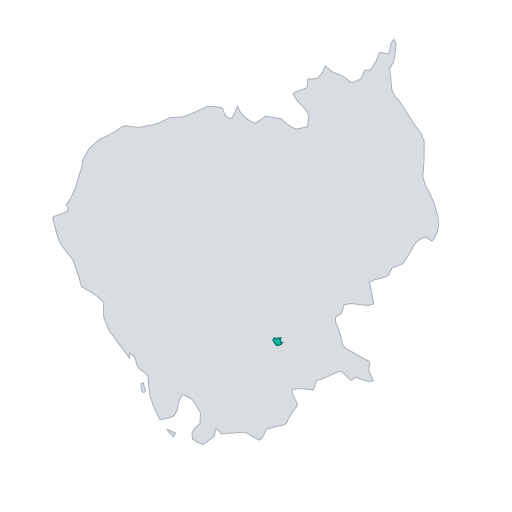 Chbar Ampov, Kândal, Cambodia shown in context, rotated 347°
{"feature_id": "14789045B58474594002009", "entity_name": "Chbar Ampov", "entity_type": "district", "adm_level": 2, "iso_a3": "KHM", "parent_name": "Cambodia", "parent_adm1": "Kândal", "projection": "natural_earth1", "projection_center": [104.993, 11.51], "detail": "fine", "context": "in_parent", "style": "filled", "palette": "teal", "viewbox_px": 512, "rotation_deg": 347, "n_neighbors": 0, "source": "geoboundaries", "source_scale": "gbopen_adm2", "svg_char_len": 3960}
<svg xmlns="http://www.w3.org/2000/svg" viewBox="0 0 512 512"><g transform="rotate(347 256 256)"><path d="M439.1,75.9L440.3,80.5L437.3,89.3L434.1,97.2L428.1,104.1L427.8,109.2L425.8,124.5L426.6,129.3L428.0,133.4L430.0,135.7L435.3,150.6L440.1,164.1L444.8,175.2L445.6,182.3L441.4,200.1L436.4,216.4L436.8,224.6L439.0,232.8L441.3,243.7L442.2,257.6L441.0,266.7L438.8,272.3L434.4,278.1L430.7,281.0L426.1,276.1L422.5,275.9L417.6,277.4L413.8,279.6L406.0,288.1L397.4,296.4L385.5,298.5L380.9,304.6L375.9,305.5L366.5,305.8L360.3,307.2L360.6,310.3L360.1,324.8L360.2,328.2L359.3,329.1L355.0,329.6L347.8,327.3L338.0,323.7L331.0,323.2L327.4,329.5L325.3,332.0L322.7,332.4L319.9,333.5L319.0,336.3L318.7,339.9L320.1,345.9L320.6,355.5L320.3,362.1L322.8,366.2L337.8,380.1L342.2,383.6L342.7,385.7L340.1,393.3L342.4,403.9L337.8,403.7L329.9,399.2L326.2,396.4L321.7,398.6L320.1,398.2L317.0,392.9L313.0,387.6L308.9,387.2L300.2,389.3L291.3,390.8L287.9,390.8L286.5,391.8L281.3,399.7L279.1,398.4L270.1,395.3L262.0,394.2L260.3,396.2L261.3,402.7L263.1,409.1L262.0,411.8L257.5,415.1L251.6,421.1L247.9,425.8L245.4,426.9L236.3,426.7L227.3,427.3L223.7,431.7L220.3,435.2L217.4,436.1L205.6,425.2L182.2,421.4L179.6,416.6L177.4,415.7L175.2,421.9L162.3,427.9L157.0,424.3L153.0,419.9L153.6,414.5L157.3,410.1L163.7,407.0L166.7,395.9L161.8,381.8L157.6,377.7L153.1,374.4L148.4,379.7L144.4,388.7L140.2,393.3L134.3,394.3L125.7,394.0L122.4,380.6L121.3,369.0L122.5,355.9L123.9,348.1L115.6,337.4L115.2,327.2L111.2,321.9L110.0,324.5L110.1,327.5L109.0,325.3L96.0,295.3L93.8,281.4L96.1,270.7L97.4,267.1L93.7,261.5L88.4,255.1L79.1,246.7L78.5,233.4L76.4,217.7L73.7,212.5L69.4,202.8L67.1,194.8L66.4,173.7L67.6,172.0L74.2,171.4L82.7,169.9L84.0,166.4L82.5,163.6L88.0,158.8L95.8,148.4L101.8,137.4L106.2,130.5L108.8,123.6L117.5,113.9L129.6,107.2L137.8,105.6L146.3,103.3L154.5,100.0L158.4,99.7L168.5,103.7L174.0,104.7L179.7,104.6L185.7,105.0L190.9,104.6L203.3,101.9L216.5,104.1L228.3,102.3L242.8,99.2L250.0,101.2L256.5,104.4L257.4,110.8L258.9,113.7L261.1,116.0L264.0,116.0L267.7,111.5L270.8,106.9L271.8,106.0L272.0,108.3L273.5,113.3L276.3,118.3L279.1,121.5L283.8,125.9L286.8,126.1L296.8,122.0L311.7,128.0L313.5,131.0L318.3,137.0L323.5,141.4L335.2,141.7L339.3,131.0L337.3,124.4L330.6,113.0L328.8,106.3L330.9,105.1L342.2,103.8L344.0,102.5L346.5,95.1L349.5,96.0L355.8,96.9L362.4,91.9L366.2,86.5L368.4,89.0L370.7,92.7L373.3,94.8L378.0,98.0L383.2,102.5L386.5,107.0L389.1,108.7L395.8,107.4L397.6,107.6L401.4,102.3L404.2,99.4L406.5,100.2L409.8,100.1L416.8,93.3L420.8,87.1L422.9,85.4L429.2,88.5L431.7,87.8L435.3,79.3L439.1,75.9ZM118.0,362.8L116.8,363.6L115.6,363.6L114.3,362.4L114.5,357.6L115.4,354.6L117.5,354.0L118.0,362.8ZM137.6,410.3L135.0,413.6L130.8,406.9L130.8,405.0L137.6,410.3Z" fill="#d9dde1" stroke="#a8b0b8" stroke-width="1"/><path d="M261.7,341.5L261.3,341.4L261.0,341.3L260.8,341.3L260.6,341.2L260.3,341.2L260.1,341.2L259.9,341.2L259.7,341.1L259.4,341.1L259.2,341.1L258.9,341.1L258.7,341.2L258.4,341.2L258.1,341.2L257.9,341.1L257.6,341.1L257.3,341.0L256.9,340.9L256.6,340.8L256.3,340.7L256.1,340.5L255.9,340.4L255.6,340.2L255.3,340.0L254.6,340.9L254.4,341.1L254.2,341.3L253.9,341.5L253.7,341.8L253.8,341.9L253.8,342.1L254.0,342.6L254.2,343.4L254.5,344.5L254.6,344.9L254.8,345.3L255.0,345.6L255.1,346.0L255.3,346.4L255.5,346.7L255.6,347.0L255.8,347.3L255.9,347.6L256.1,347.7L256.3,347.8L256.5,347.9L256.8,347.9L256.9,348.0L257.0,348.0L257.1,347.9L257.4,347.9L257.8,347.9L258.0,347.8L258.3,347.8L258.5,347.8L258.5,347.7L258.8,347.7L259.2,347.7L259.4,347.7L259.7,347.7L259.9,347.7L260.2,347.7L260.4,347.7L260.6,347.7L260.7,347.4L260.9,347.1L261.1,346.9L261.4,346.7L261.7,346.5L261.9,346.5L262.1,346.4L262.3,346.3L262.2,346.2L260.8,346.2L260.8,345.8L260.8,345.5L260.7,345.3L260.7,345.0L260.7,344.9L260.7,344.6L260.7,344.3L260.7,344.2L260.6,343.8L260.6,343.5L260.6,343.2L260.8,343.0L260.9,342.8L261.2,342.5L261.3,342.2L261.5,341.8L261.6,341.6L261.7,341.5Z" fill="#14b8a6" stroke="#0f766e" stroke-width="1.5"/></g></svg>